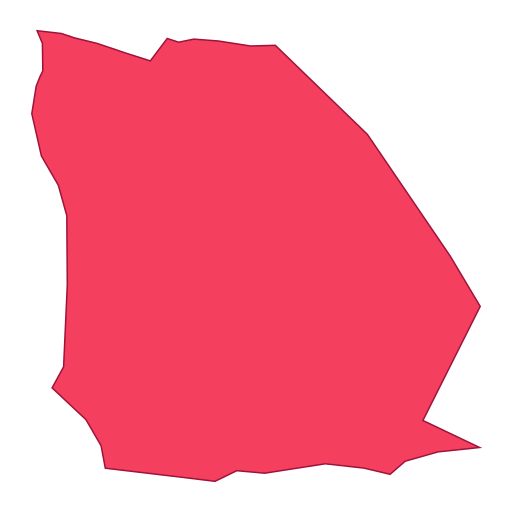 Barh-El-Gazel Ouest, Barh El Gazel, Chad
{"feature_id": "50815135B59767652467514", "entity_name": "Barh-El-Gazel Ouest", "entity_type": "district", "adm_level": 2, "iso_a3": "TCD", "parent_name": "Chad", "parent_adm1": "Barh El Gazel", "projection": "orthographic", "projection_center": [16.14, 13.385], "detail": "fine", "context": "isolated", "style": "filled", "palette": "rose", "viewbox_px": 512, "rotation_deg": 0, "n_neighbors": 0, "source": "geoboundaries", "source_scale": "gbopen_adm2", "svg_char_len": 592}
<svg xmlns="http://www.w3.org/2000/svg" viewBox="0 0 512 512"><path d="M171.9,476.1L215.0,481.3L236.8,470.7L264.7,473.2L325.2,463.8L364.0,468.1L390.1,474.3L405.2,461.2L437.9,451.9L479.6,447.5L422.9,420.5L480.2,306.4L450.3,256.2L367.4,134.4L275.3,45.3L250.6,46.0L218.5,41.0L193.8,39.1L178.7,42.2L167.2,38.5L150.3,60.9L124.9,52.8L97.1,43.4L74.2,37.8L61.5,33.5L37.1,30.7L42.4,43.4L42.8,70.9L39.7,77.3L36.2,86.1L31.8,113.7L41.4,156.0L58.3,185.2L66.8,215.7L67.3,284.7L63.6,366.8L52.1,387.9L86.0,419.7L101.1,445.8L105.3,468.2L171.9,476.1Z" fill="#f43f5e" stroke="#9f1239" stroke-width="1.5"/></svg>